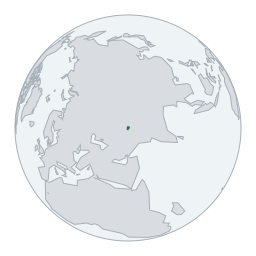 Nangarhar highlighted on a globe, orthographic projection, rotated 302°
{"feature_id": "AFG-1764", "entity_name": "Nangarhar", "entity_type": "Province", "adm_level": 1, "iso_a3": "AFG", "parent_name": "Afghanistan", "parent_adm1": "", "projection": "orthographic", "projection_center": [70.357, 34.369], "detail": "fine", "context": "on_globe", "style": "filled", "palette": "green", "viewbox_px": 256, "rotation_deg": 302, "n_neighbors": 0, "source": "natural_earth", "source_scale": "10m", "svg_char_len": 10843}
<svg xmlns="http://www.w3.org/2000/svg" viewBox="0 0 256 256"><g transform="rotate(302 128 128)"><circle cx="128" cy="128" r="113" fill="#eef3f6" stroke="#a8b0b8"/><path d="M151.0,17.7L152.6,18.5L161.3,22.2L166.7,24.0L163.5,23.4L175.4,27.5L181.8,31.2L172.9,26.7L170.8,26.2L174.4,28.4L172.9,28.3L173.8,29.4L171.8,29.2L166.8,27.0L165.4,26.9L168.0,28.5L167.6,29.6L164.0,27.1L162.9,28.8L154.3,26.0L146.3,20.8L139.9,20.2L127.4,17.7L126.9,18.3L121.9,18.1L119.5,18.7L117.8,18.4L117.3,19.3L119.3,19.5L119.7,20.0L118.4,20.5L116.1,20.0L116.4,19.7L115.1,19.9L114.5,19.5L114.1,19.9L111.4,19.5L112.2,20.7L108.5,21.1L107.3,20.6L109.9,19.6L113.5,16.9L113.0,16.7L109.8,17.0L98.4,19.4L96.9,19.8L94.5,20.5L102.4,18.3L110.4,16.7L118.5,15.8L126.6,15.4L134.8,15.6L142.9,16.4L151.0,17.7ZM92.9,21.0L92.7,21.1L95.6,20.2L94.1,21.1L97.8,20.3L97.8,20.6L100.6,20.5L97.5,21.7L92.9,23.1L90.4,23.4L88.3,24.1L88.5,25.0L81.7,27.0L73.6,31.1L72.1,31.6L73.1,30.2L78.6,26.9L79.4,26.4L92.9,21.0ZM78.5,26.8L76.4,28.0L72.7,29.8L71.0,30.8L69.6,31.7L69.9,31.6L68.1,32.7L69.4,31.8L78.5,26.8ZM154.4,18.5L154.6,18.6L152.8,18.1L153.0,18.2L154.4,18.5ZM170.9,25.4L168.8,24.4L171.3,25.5L170.9,25.4ZM174.3,29.6L175.3,30.0L175.4,30.5L174.3,29.6ZM102.2,19.9L101.4,20.2L102.2,19.9ZM104.1,19.6L104.5,19.2L105.5,19.1L105.2,19.3L104.1,19.6ZM172.3,30.7L172.0,31.4L171.4,30.2L172.3,30.7ZM103.4,20.1L107.1,18.8L108.9,18.6L109.4,19.3L103.4,20.1ZM171.2,31.6L170.6,33.8L172.9,34.7L166.1,33.5L168.9,31.9L167.8,30.2L169.7,31.4L171.2,31.6ZM120.4,19.4L118.3,19.1L121.2,18.9L120.4,19.4ZM122.2,19.1L130.6,18.3L133.2,19.1L129.8,19.1L134.0,20.0L131.1,20.8L128.2,20.5L127.1,19.7L126.8,20.6L122.2,19.1ZM162.4,32.7L161.5,33.0L161.5,32.3L162.4,32.7ZM120.1,20.2L121.5,19.9L123.9,20.5L121.3,21.4L121.4,20.9L120.1,20.2ZM136.6,19.9L137.8,20.6L135.8,21.5L136.0,21.9L131.3,20.9L136.6,19.9ZM120.2,21.0L120.0,21.8L117.7,22.0L118.8,20.6L120.2,21.0ZM125.5,20.4L126.5,20.8L125.1,20.8L125.5,20.4ZM109.7,23.5L111.4,22.9L112.8,23.1L109.7,23.5ZM120.0,22.1L120.8,22.0L121.5,22.1L120.9,22.7L120.0,22.1ZM130.2,21.6L129.1,21.9L132.0,22.0L130.6,22.8L127.7,22.0L128.4,22.7L128.0,23.0L126.1,22.1L130.2,21.6ZM122.4,23.6L118.2,23.1L114.7,24.1L113.4,23.9L119.3,22.4L122.4,23.6ZM124.7,22.8L123.0,23.2L122.3,22.6L123.0,21.9L124.7,22.8ZM130.8,23.7L133.6,22.7L134.2,22.9L130.8,23.7ZM121.5,24.0L122.6,24.1L121.4,24.1L121.5,24.0ZM128.1,23.8L129.0,23.4L129.6,23.7L128.1,23.8ZM123.8,24.7L122.5,24.5L122.9,24.0L123.8,24.7ZM125.9,24.4L126.5,24.9L123.9,24.0L126.2,24.2L125.9,24.4ZM128.5,24.1L129.1,24.2L128.0,24.3L128.5,24.1ZM122.9,26.9L119.6,25.9L120.6,24.7L123.7,25.8L122.9,26.9ZM17.2,125.6L19.1,106.5L21.1,102.8L23.6,96.1L39.2,85.9L40.2,90.1L49.8,96.2L50.6,98.2L46.9,102.7L52.1,115.5L56.8,112.8L64.0,121.2L70.4,123.9L77.2,114.7L66.7,110.0L67.4,104.1L77.8,103.6L87.4,108.1L88.0,106.0L84.0,99.2L88.4,96.6L82.9,96.6L83.5,99.3L80.1,99.6L79.4,97.2L80.9,96.2L78.6,94.1L71.8,99.5L71.7,102.8L64.4,100.6L63.5,106.0L60.8,107.1L61.2,98.5L62.8,96.1L61.9,85.4L59.6,87.7L60.3,98.0L59.1,96.5L55.9,100.1L57.4,96.1L57.3,84.7L52.1,82.5L41.8,87.8L39.6,86.1L39.5,81.7L47.0,72.8L51.1,77.7L53.8,75.1L56.2,69.1L57.2,71.2L58.7,69.5L60.6,71.2L66.4,69.4L68.8,70.8L74.1,66.2L76.0,66.5L72.3,69.0L71.0,71.8L77.3,75.8L79.4,75.4L82.4,72.2L83.7,73.9L85.8,70.4L90.9,71.3L86.4,67.3L89.8,63.9L94.5,62.6L94.8,60.9L87.1,63.1L84.7,64.7L84.0,67.1L76.9,71.4L74.1,71.0L78.4,64.1L74.9,62.8L79.9,58.4L97.7,54.5L103.6,55.2L106.9,63.4L103.7,65.0L101.0,62.7L100.7,68.0L102.1,66.0L103.2,67.6L106.7,65.1L107.7,66.1L109.4,62.2L111.0,63.2L109.8,65.6L116.4,63.3L120.5,64.8L121.5,63.8L121.4,62.3L126.6,65.5L127.2,64.6L125.6,63.2L125.7,60.7L127.8,57.6L129.5,58.9L128.9,60.1L130.4,64.9L128.7,68.4L129.6,68.6L131.5,65.9L129.7,60.1L130.5,57.9L131.8,60.4L131.4,59.3L132.3,58.7L134.8,59.2L133.6,56.4L141.4,48.4L147.1,49.1L147.3,52.0L154.6,48.7L160.4,50.4L159.0,49.0L161.5,46.9L159.7,46.3L159.2,45.5L164.9,40.7L167.6,40.7L168.4,37.7L167.7,37.1L165.8,36.8L166.1,33.5L172.9,34.7L174.2,36.0L177.5,36.1L180.0,39.2L183.7,42.1L184.5,45.8L187.3,48.0L188.3,47.8L192.8,50.9L198.7,58.2L189.5,52.9L179.8,43.4L183.4,47.2L181.3,46.6L181.8,48.3L184.4,51.1L185.5,51.2L183.1,58.5L186.8,67.7L189.8,65.6L193.2,67.2L200.1,77.3L200.8,95.0L205.4,98.5L206.8,101.6L205.2,104.7L203.1,100.3L200.0,99.8L199.1,96.9L195.8,101.0L194.4,97.1L192.5,102.4L195.0,104.9L198.5,102.5L197.5,109.1L203.1,112.8L205.5,119.0L202.1,133.1L196.0,139.1L196.0,141.3L192.7,140.0L189.6,145.3L196.9,154.5L197.2,157.7L191.6,165.7L191.2,163.5L182.4,160.2L181.7,168.0L188.4,172.4L190.8,178.7L186.0,177.9L183.5,172.4L180.4,171.0L180.5,164.4L176.6,155.2L171.7,158.2L171.5,154.1L165.3,146.7L158.0,150.6L146.8,162.8L146.3,173.0L141.9,177.6L134.0,163.4L132.2,153.3L128.2,154.3L120.9,145.4L105.2,143.4L104.0,140.5L100.8,141.4L95.8,137.7L94.3,132.9L90.8,132.5L95.2,145.2L99.1,145.7L103.6,141.9L104.0,146.2L108.9,150.5L100.0,159.1L78.3,163.0L77.9,155.1L70.0,129.8L71.1,127.6L71.2,127.3L71.2,126.8L68.7,130.2L67.9,125.2L70.4,142.3L70.1,148.9L78.0,163.4L76.8,164.2L79.9,167.5L91.7,167.3L91.4,169.8L84.8,179.7L69.9,189.8L72.9,199.5L73.5,206.6L66.3,208.1L69.2,213.6L65.8,213.6L67.1,216.3L65.6,217.6L62.4,217.5L54.6,212.6L52.3,210.0L45.7,202.7L35.8,186.3L35.9,181.5L34.5,176.0L29.0,160.1L30.0,154.2L29.0,150.2L26.6,148.4L25.7,143.5L24.4,141.9L18.0,133.8L17.2,125.6ZM31.1,93.7L30.1,95.6L31.1,93.7ZM95.8,118.3L102.6,120.4L102.5,113.0L105.1,113.3L104.1,110.8L102.4,112.5L100.4,105.9L104.4,104.7L105.1,101.7L102.8,100.9L95.8,104.2L98.6,113.5L95.8,115.8L95.8,118.3ZM72.6,29.9L72.3,30.1L70.7,31.1L71.0,30.9L72.6,29.9ZM66.2,34.7L63.5,36.3L65.7,34.9L65.5,34.7L70.0,31.7L71.6,31.8L70.1,32.2L66.2,34.7ZM76.3,28.1L73.3,29.8L76.6,28.0L76.3,28.1ZM65.0,59.3L64.6,61.2L62.3,62.6L59.4,61.5L62.6,59.4L65.0,59.3ZM64.6,63.5L69.8,57.4L71.8,58.1L69.8,58.7L70.6,59.8L67.6,61.1L64.5,68.0L62.3,69.8L57.9,66.4L60.6,66.4L60.8,64.5L64.6,63.5ZM79.4,43.1L81.6,41.2L83.2,45.0L80.9,46.5L77.7,45.3L78.6,42.9L79.4,43.1ZM103.6,22.0L104.3,21.5L105.0,21.6L104.8,22.1L103.6,22.0ZM110.4,23.2L100.9,24.5L101.3,23.9L95.2,25.7L93.9,25.0L97.9,23.8L92.3,24.7L95.4,23.3L91.5,24.2L100.5,21.6L103.0,20.7L100.7,22.0L101.8,22.6L103.1,22.6L108.5,22.0L114.5,20.5L116.6,21.2L116.4,22.0L115.3,22.5L114.3,21.9L113.5,22.9L111.2,22.4L110.4,23.2ZM113.7,35.6L113.1,34.1L111.1,37.3L108.8,36.3L108.7,36.8L106.0,36.8L102.6,37.7L102.0,37.0L100.9,37.7L99.1,37.8L97.5,38.6L95.7,37.7L93.6,38.6L93.9,37.7L90.7,39.5L92.3,37.8L90.2,38.0L89.8,39.5L84.1,34.3L80.5,33.9L76.6,34.6L79.8,32.0L85.6,29.7L91.9,28.4L94.9,29.4L95.9,28.1L97.6,28.3L96.1,29.2L99.4,27.9L100.4,28.4L106.1,28.0L110.1,26.2L112.3,26.2L111.2,27.1L114.2,26.4L113.6,28.2L115.2,28.2L116.2,30.2L113.2,32.1L115.1,32.1L116.0,33.7L113.7,35.6ZM123.1,27.4L120.0,29.7L117.3,30.3L116.7,26.7L115.4,26.4L114.9,24.4L118.9,23.6L118.7,24.2L119.4,24.7L117.9,24.7L119.6,25.0L119.3,25.9L120.6,26.4L119.3,27.0L123.1,27.4ZM53.0,97.3L53.9,98.3L55.7,99.2L53.7,101.6L53.0,97.3ZM52.7,89.5L53.8,89.8L51.9,93.4L50.9,92.5L52.7,89.5ZM56.0,87.1L54.0,89.6L54.5,87.7L56.0,87.1ZM73.4,69.3L74.7,69.6L74.2,70.5L72.8,71.3L73.4,69.3ZM107.4,46.2L107.5,44.9L108.2,44.8L110.5,42.3L112.4,43.0L111.8,44.8L107.4,46.2ZM74.5,115.7L71.7,116.9L71.1,115.5L72.2,115.3L74.5,115.7ZM61.5,109.2L63.7,112.0L60.9,109.8L61.5,109.2ZM109.8,46.5L110.6,45.4L111.1,46.5L109.8,46.5ZM113.9,43.4L114.7,44.5L112.9,42.8L113.9,43.4ZM126.2,239.8L127.9,240.0L126.0,240.0L126.2,239.8ZM91.0,210.1L87.7,220.2L82.7,218.9L80.4,215.4L80.7,208.9L86.0,208.2L88.2,205.4L91.0,210.1ZM211.3,184.9L213.5,184.0L213.4,184.4L211.3,184.9ZM209.1,184.8L211.7,183.5L208.5,185.9L209.1,184.8ZM212.7,183.0L215.4,180.7L216.5,179.4L216.2,180.3L212.7,183.0ZM207.3,185.7L196.6,190.3L192.2,190.8L193.4,188.9L200.5,186.6L207.3,185.7ZM193.0,189.0L186.0,187.0L175.3,176.5L179.1,175.9L190.1,180.9L189.5,182.4L193.7,184.5L193.0,189.0ZM209.3,174.4L208.5,178.7L202.8,181.0L200.1,181.5L198.3,177.0L199.3,173.9L201.6,173.1L209.5,160.0L212.4,160.9L210.2,166.1L212.5,168.5L209.3,174.4ZM146.9,173.9L149.9,179.5L147.4,180.6L146.9,173.9ZM212.0,151.7L209.3,157.5L211.5,150.4L212.0,151.7ZM212.9,145.5L213.4,147.5L211.9,146.1L212.9,145.5ZM196.6,144.4L194.2,145.8L193.8,144.3L196.6,141.5L196.6,144.4ZM207.3,124.3L208.5,129.0L208.5,130.8L206.8,128.5L207.3,124.3ZM127.0,52.8L121.7,55.3L119.2,58.0L119.7,60.7L116.7,58.1L120.6,54.0L127.0,52.8ZM139.5,48.7L139.0,46.6L140.6,47.0L141.0,47.5L139.5,48.7ZM138.1,47.8L134.7,46.3L135.4,44.8L137.9,46.3L138.1,47.8ZM122.1,46.0L120.4,46.6L120.1,45.7L122.1,46.0ZM213.2,201.7L212.0,202.9L196.2,216.5L193.5,217.7L195.9,215.3L197.0,210.7L198.0,210.3L199.5,206.2L209.8,197.4L217.8,185.9L221.5,183.4L225.6,175.2L228.8,172.3L226.7,177.9L228.7,177.1L233.4,164.4L231.4,172.7L231.4,172.8L227.7,180.5L223.4,187.9L218.5,195.0L213.2,201.7ZM216.6,182.1L219.9,177.2L221.4,175.9L216.6,182.1ZM236.8,153.5L237.2,155.6L236.3,157.8L235.5,157.3L233.9,162.2L230.8,165.9L231.8,163.2L231.7,160.9L227.8,163.8L227.0,162.8L228.6,160.1L225.7,161.2L228.9,157.5L230.0,160.2L231.7,155.5L234.2,153.3L236.2,151.5L237.3,151.8L236.8,153.5ZM228.4,165.9L229.0,165.4L228.4,167.0L228.4,165.9ZM239.5,144.0L239.4,144.3L239.6,142.8L239.6,143.3L239.5,144.0ZM237.6,150.5L239.0,144.5L239.2,143.8L238.2,149.3L237.6,150.5ZM238.9,143.1L239.3,142.2L239.4,143.3L239.3,144.0L238.9,143.1ZM221.9,168.0L221.7,169.2L220.8,169.0L221.9,168.0ZM223.2,166.5L225.8,165.5L222.9,167.6L223.2,166.5ZM214.1,168.6L215.0,170.7L217.9,167.3L215.7,171.0L217.4,173.9L216.7,175.9L215.0,172.6L214.0,177.6L212.6,178.2L212.1,174.7L213.6,169.1L214.9,166.3L220.1,162.3L214.1,168.6ZM223.2,163.4L222.5,160.9L223.0,158.5L223.8,159.5L223.2,163.4ZM219.9,155.2L217.4,153.0L215.5,155.6L219.0,148.1L220.8,151.5L219.9,155.2ZM217.2,148.5L215.5,150.9L217.1,146.8L217.2,148.5ZM214.9,150.0L214.3,147.6L215.9,147.0L214.9,150.0ZM218.2,148.0L217.9,143.5L219.0,145.6L218.2,148.0ZM212.7,142.2L216.6,144.5L212.1,145.2L210.3,137.0L212.1,135.8L212.7,142.2ZM212.2,102.3L210.8,100.2L212.0,98.6L212.6,100.5L212.2,102.3ZM214.5,92.4L211.8,97.6L209.5,102.1L211.0,102.4L211.9,107.0L208.7,104.3L209.2,98.2L211.3,95.6L210.1,91.9L210.7,88.3L208.2,84.4L207.9,82.1L210.8,84.9L214.5,92.4ZM207.0,82.9L202.9,75.7L205.7,74.8L207.3,76.1L208.0,79.7L206.4,80.0L207.0,82.9ZM202.7,73.7L201.1,74.0L191.8,65.6L190.5,63.7L199.2,69.2L198.2,69.8L200.0,72.1L202.7,73.7ZM162.6,33.5L161.6,33.0L162.8,33.2L162.6,33.5ZM158.2,45.3L157.7,44.2L159.2,44.3L158.2,45.3ZM157.2,41.5L155.9,42.1L156.6,40.9L157.2,41.5ZM153.2,43.8L155.1,42.1L154.3,44.5L153.2,43.8Z" fill="#d9dde1" stroke="#a8b0b8" stroke-width="1"/><path d="M129.0,127.6L129.0,127.8L129.1,128.0L129.2,128.3L129.2,128.5L128.9,128.7L128.8,128.8L128.7,128.8L128.3,128.8L128.2,128.8L127.9,128.8L127.4,128.6L127.2,128.6L127.1,128.4L127.0,128.2L126.9,128.2L126.7,128.3L126.7,128.2L126.8,128.1L126.9,127.9L127.1,127.9L127.3,127.9L127.5,127.9L127.8,127.8L128.0,127.8L128.1,127.7L128.1,127.4L128.3,127.2L128.5,127.2L128.5,127.3L128.5,127.5L128.8,127.6L129.0,127.6L129.0,127.6Z" fill="#22c55e" stroke="#15803d" stroke-width="1.5"/></g></svg>